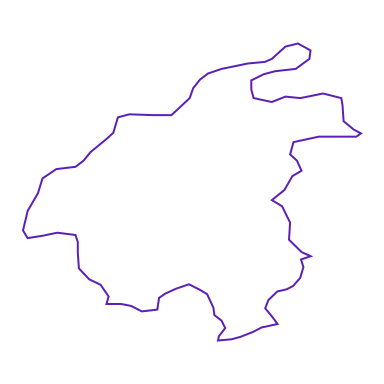 Falköping, Västra Götaland, Sweden
{"feature_id": "70781695B60471396362754", "entity_name": "Falköping", "entity_type": "district", "adm_level": 2, "iso_a3": "SWE", "parent_name": "Sweden", "parent_adm1": "Västra Götaland", "projection": "natural_earth1", "projection_center": [13.626, 58.177], "detail": "fine", "context": "isolated", "style": "outline", "palette": "violet", "viewbox_px": 384, "rotation_deg": 0, "n_neighbors": 0, "source": "geoboundaries", "source_scale": "gbopen_adm2", "svg_char_len": 1287}
<svg xmlns="http://www.w3.org/2000/svg" viewBox="0 0 384 384"><path d="M310.6,256.2L301.6,252.1L289.0,239.7L290.1,222.6L282.1,206.3L271.9,200.1L284.4,190.0L292.4,176.1L301.5,170.7L296.9,160.6L290.1,154.4L293.5,142.1L318.6,136.7L356.2,136.7L361.0,133.4L353.9,129.7L343.6,121.2L342.5,105.1L341.3,98.1L323.1,93.5L300.3,98.1L285.5,96.6L271.8,102.0L253.6,98.1L251.3,89.6L251.3,80.4L263.8,74.2L275.2,71.2L295.7,68.9L309.4,58.9L310.5,50.4L297.9,43.5L297.1,43.7L285.4,46.6L271.8,58.9L264.9,61.9L247.8,63.5L221.6,68.9L208.0,73.5L200.0,79.6L193.2,88.1L189.7,98.1L171.5,115.1L152.1,115.1L129.3,114.3L118.5,117.2L117.9,117.4L113.3,132.8L106.5,139.0L90.5,152.1L83.6,160.6L75.6,166.8L56.3,169.1L42.5,178.4L38.0,193.1L27.6,211.0L26.2,217.2L23.0,230.4L27.6,238.1L42.4,235.8L57.3,232.7L75.5,235.0L77.8,242.0L77.8,252.9L78.9,268.4L89.2,279.3L100.6,284.8L108.6,296.5L106.5,304.0L121.1,304.0L131.0,305.9L141.9,311.4L157.3,309.6L159.1,297.8L165.5,293.5L176.3,288.6L189.0,284.3L199.9,289.8L207.1,294.1L213.4,307.7L214.4,315.1L221.6,320.7L225.2,328.1L218.9,336.2L218.0,340.5L231.6,339.3L240.6,336.8L253.3,331.8L261.5,327.5L277.5,324.0L272.4,317.0L265.2,308.3L268.4,300.1L277.2,291.5L286.7,289.3L293.1,286.0L300.2,277.9L303.4,267.1L301.0,259.5L310.6,256.2Z" fill="none" stroke="#5b21b6" stroke-width="2"/></svg>